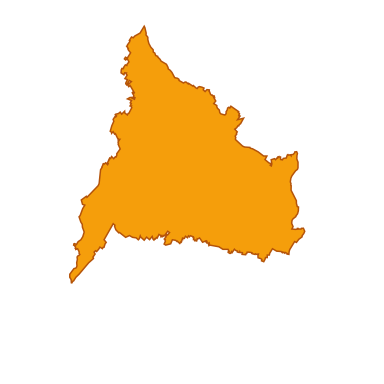 Mueang Suphan Buri, Suphan Buri, Thailand (Equal Earth projection), rotated 24°
{"feature_id": "78962969B42801469218282", "entity_name": "Mueang Suphan Buri", "entity_type": "district", "adm_level": 2, "iso_a3": "THA", "parent_name": "Thailand", "parent_adm1": "Suphan Buri", "projection": "equal_earth", "projection_center": [100.048, 14.472], "detail": "fine", "context": "isolated", "style": "filled", "palette": "amber", "viewbox_px": 384, "rotation_deg": 24, "n_neighbors": 0, "source": "geoboundaries", "source_scale": "gbopen_adm2", "svg_char_len": 5991}
<svg xmlns="http://www.w3.org/2000/svg" viewBox="0 0 384 384"><g transform="rotate(24 192 192)"><path d="M305.9,209.6L305.0,207.1L304.7,204.9L305.9,195.5L307.9,195.6L308.8,191.8L310.8,188.2L310.4,187.1L311.0,184.5L311.0,182.1L308.5,179.8L306.7,180.7L306.7,181.5L303.7,182.8L303.6,182.2L303.1,182.4L303.3,183.1L301.7,184.1L298.3,185.2L298.4,182.5L295.8,180.1L294.9,177.3L295.2,175.4L296.9,172.2L296.7,171.6L297.3,169.0L296.8,165.9L295.4,162.4L294.1,162.5L292.0,159.9L290.9,157.5L281.8,150.1L280.0,145.8L279.4,145.6L279.0,144.1L277.7,142.8L276.7,139.2L276.7,136.5L278.0,130.5L279.1,128.5L279.0,126.8L276.7,121.6L274.3,119.2L273.0,115.9L272.7,114.0L271.2,112.6L269.6,113.6L269.8,114.6L269.2,116.5L267.4,117.6L267.8,118.6L266.6,118.1L265.0,119.1L264.4,118.8L264.0,119.5L264.3,122.6L261.7,124.2L261.6,125.8L259.7,126.3L258.6,124.0L257.0,124.8L256.9,124.4L256.2,125.0L256.6,125.7L256.3,126.3L255.9,126.1L255.2,128.5L253.8,128.0L251.2,130.3L253.5,133.8L253.9,135.9L252.6,135.8L252.6,134.0L250.4,134.1L245.5,132.7L245.8,128.7L242.7,130.0L236.0,128.4L229.7,127.9L227.4,128.3L226.8,127.7L221.8,129.5L219.5,129.5L210.4,126.4L210.0,125.8L209.9,124.5L208.7,123.4L209.3,120.9L208.6,120.1L208.9,118.7L205.5,117.2L206.7,115.1L207.0,112.9L207.8,112.6L207.8,111.1L208.6,109.9L209.1,103.6L204.2,107.4L205.0,103.2L204.1,103.3L204.1,102.7L203.5,102.7L203.5,101.1L201.7,100.3L201.9,99.6L192.6,97.8L192.4,99.9L191.2,99.6L190.4,100.8L190.8,102.6L190.5,104.8L191.3,106.5L190.7,108.3L186.6,108.9L185.1,108.2L183.6,106.0L181.1,105.1L179.8,103.8L179.5,102.9L175.9,102.4L176.7,99.2L174.4,97.6L174.4,96.8L173.5,96.9L173.5,95.4L173.0,95.2L172.4,95.9L171.2,95.2L170.7,95.6L169.2,95.2L167.2,93.2L166.8,93.2L166.3,91.7L164.0,92.4L163.1,94.9L160.7,94.1L160.7,92.2L158.4,92.2L155.9,92.7L155.0,93.7L154.7,95.3L153.7,95.4L149.9,94.2L149.7,94.9L144.7,94.1L144.6,94.8L142.1,94.0L141.0,94.3L139.9,95.9L134.8,95.4L134.3,94.4L132.6,94.0L129.7,94.6L125.0,90.9L122.6,89.7L120.2,89.2L119.4,87.9L116.7,85.7L110.5,85.0L108.9,83.8L105.8,82.6L105.5,82.0L103.3,82.1L101.5,80.2L99.7,79.9L98.6,77.8L95.5,76.5L92.2,73.9L89.7,70.8L88.7,68.6L86.1,67.2L85.5,65.5L82.1,61.0L80.9,60.0L79.9,67.9L76.2,72.9L75.6,75.0L73.7,75.0L73.1,78.9L73.8,78.9L73.9,80.5L73.2,83.7L73.4,84.8L73.0,85.4L75.4,86.8L75.2,87.3L76.2,88.2L79.3,89.8L78.4,96.0L76.4,95.9L76.1,97.9L77.7,98.4L78.7,96.6L81.5,98.8L80.7,101.8L81.0,102.9L79.4,103.0L78.8,106.2L79.1,106.4L78.9,107.5L77.7,107.7L77.7,109.2L78.7,112.0L82.1,112.6L82.0,110.4L83.7,109.9L83.7,110.8L85.2,111.6L84.6,115.7L87.3,115.6L87.2,119.5L87.5,120.1L88.8,120.7L89.4,115.6L91.7,115.8L89.7,120.3L91.4,121.5L92.1,119.9L94.0,121.2L97.7,123.9L97.0,125.6L97.7,126.1L98.4,124.4L99.0,124.8L98.2,126.5L99.5,127.4L100.2,129.2L101.5,129.0L101.7,130.7L98.9,130.6L98.8,129.9L96.9,130.9L95.2,133.2L99.5,133.0L99.3,135.7L100.6,135.9L100.4,138.5L101.7,138.1L101.6,138.7L102.7,139.5L102.3,145.8L101.7,146.3L101.6,147.9L98.4,147.1L97.6,145.6L96.1,149.5L93.9,148.2L92.9,150.2L90.5,152.1L90.4,152.6L92.1,153.2L91.8,154.5L91.0,154.4L90.4,157.7L91.8,159.2L91.8,164.1L92.6,169.8L94.3,170.2L94.7,171.0L95.4,169.0L97.8,170.6L98.3,169.9L102.2,173.2L103.1,173.3L103.2,174.3L104.6,173.4L104.1,176.5L105.0,177.3L105.0,178.3L108.9,181.9L107.7,187.6L108.4,189.0L108.3,191.0L107.6,191.0L106.9,193.4L104.1,192.3L104.0,194.5L103.0,194.4L102.9,196.7L103.2,196.7L102.8,199.7L103.9,200.0L103.8,201.4L101.2,200.5L100.5,202.1L99.6,202.1L99.3,202.7L99.6,203.5L99.5,205.9L99.8,206.1L99.4,208.8L103.7,222.0L103.7,224.4L98.2,239.6L97.2,238.9L94.1,244.3L97.0,247.8L99.4,247.6L98.9,251.6L99.4,259.0L98.9,260.6L102.6,264.6L104.9,266.2L106.2,268.7L109.8,272.4L110.4,277.3L109.9,280.9L108.2,283.6L107.8,286.9L105.7,286.9L105.2,287.4L105.5,288.7L107.1,288.6L106.9,289.1L108.1,289.7L108.3,291.0L108.9,290.9L109.2,291.7L110.6,290.4L113.2,292.5L113.9,294.1L114.9,294.6L114.8,295.4L113.6,297.1L113.5,298.2L114.7,300.2L115.4,303.5L116.9,306.2L117.1,307.8L116.8,308.8L115.3,310.0L113.8,316.8L115.0,319.6L117.2,321.2L118.7,324.0L119.2,323.9L119.4,322.0L120.0,321.4L120.6,317.2L122.3,312.9L126.4,298.7L128.9,293.2L129.0,292.7L128.0,291.8L128.7,288.1L127.0,286.7L127.7,284.9L129.1,285.2L130.0,282.3L130.3,279.8L133.2,280.2L133.3,278.8L134.1,278.3L133.7,274.8L134.1,272.9L131.1,271.4L132.9,253.0L135.1,253.7L135.2,254.8L137.8,257.5L141.7,259.1L142.0,258.6L143.1,258.7L149.8,260.4L152.6,257.2L156.1,257.6L159.7,256.6L162.4,257.5L162.9,256.0L162.6,253.2L163.5,254.0L167.9,255.5L168.9,251.7L172.6,252.8L173.7,248.8L175.7,251.0L176.8,251.4L177.1,249.8L177.7,249.8L178.0,248.1L178.9,248.3L179.1,244.2L180.9,244.4L181.7,245.3L181.8,244.4L182.9,245.1L183.3,244.8L183.3,243.4L184.2,243.7L184.6,243.0L185.8,237.7L188.0,238.2L187.2,241.2L186.2,241.0L186.2,243.7L186.5,243.7L185.8,246.2L186.9,246.3L186.8,246.8L187.7,247.9L187.7,250.9L189.6,251.2L193.6,248.0L193.5,243.6L196.8,242.8L198.4,243.3L198.6,242.9L201.8,244.0L202.1,242.1L202.6,242.3L202.7,241.9L202.2,239.2L202.8,239.1L202.2,237.9L203.9,237.5L204.0,235.1L206.5,235.6L206.6,233.5L207.9,234.0L208.3,232.6L211.3,232.4L211.5,233.1L212.1,232.9L212.6,234.5L212.9,234.2L214.1,235.4L214.8,234.5L215.6,235.1L216.2,234.8L215.8,232.7L216.2,232.8L217.6,230.9L222.1,233.6L224.5,231.1L224.7,231.5L225.1,231.1L225.3,231.7L225.8,231.3L226.2,232.5L227.8,232.2L228.3,231.4L229.0,232.3L228.5,233.2L229.3,234.1L229.7,233.3L238.8,231.1L243.6,231.8L248.3,229.7L250.0,231.1L249.3,231.3L249.6,232.5L251.6,232.7L252.3,232.3L252.4,230.4L253.3,231.0L254.0,227.0L255.4,227.6L257.5,227.5L257.7,228.3L258.8,228.3L259.9,227.9L259.9,227.2L260.4,227.8L262.7,226.9L263.1,228.6L266.5,227.5L266.4,226.6L267.0,226.0L266.8,224.6L268.2,223.9L270.6,223.2L271.6,223.2L271.6,223.8L272.1,223.9L275.0,223.4L275.1,222.7L276.4,222.7L277.9,221.7L278.1,223.3L279.1,225.2L281.8,224.9L283.2,225.2L283.5,226.6L285.9,226.5L286.1,224.1L285.8,222.0L287.4,221.3L286.4,219.0L288.3,218.1L287.9,216.3L288.6,211.1L293.4,211.6L297.7,210.1L299.2,210.7L299.4,209.9L301.6,210.2L301.6,209.3L304.2,209.5L304.2,210.0L305.9,209.6Z" fill="#f59e0b" stroke="#b45309" stroke-width="1.5"/></g></svg>